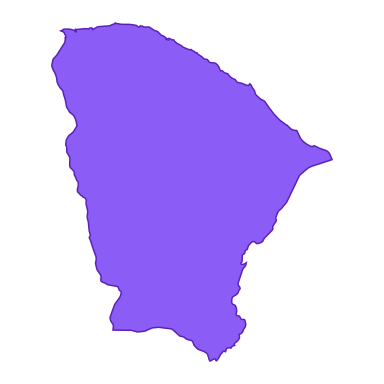 SVG path tracing the border of Ceará
{"feature_id": "BRA-621", "entity_name": "Ceará", "entity_type": "State", "adm_level": 1, "iso_a3": "BRA", "parent_name": "Brazil", "parent_adm1": "", "projection": "orthographic", "projection_center": [-39.568, -5.32], "detail": "fine", "context": "isolated", "style": "filled", "palette": "violet", "viewbox_px": 384, "rotation_deg": 0, "n_neighbors": 0, "source": "natural_earth", "source_scale": "10m", "svg_char_len": 5847}
<svg xmlns="http://www.w3.org/2000/svg" viewBox="0 0 384 384"><path d="M65.2,38.2L65.5,38.4L65.8,36.6L65.6,35.6L64.7,34.0L64.2,32.6L63.0,31.8L62.6,30.9L62.0,31.2L61.6,31.3L60.8,30.9L61.8,30.5L63.5,29.3L64.6,29.1L68.5,29.1L70.6,29.3L72.6,29.8L74.4,30.5L75.8,31.8L76.3,31.8L76.1,31.0L75.8,30.3L74.9,29.0L75.8,29.5L85.9,28.6L88.4,29.0L89.0,28.9L89.2,28.3L89.8,28.1L91.8,27.9L92.3,28.3L92.7,29.5L93.2,29.5L93.9,28.8L97.1,27.1L98.2,26.7L109.6,25.8L113.2,24.2L114.4,24.0L114.6,23.8L115.1,23.0L115.5,23.1L116.5,23.5L121.5,24.3L130.1,24.4L135.8,25.3L136.7,25.6L138.1,26.8L138.8,27.1L139.6,26.9L139.9,26.2L140.3,25.8L141.1,26.2L142.0,26.0L143.9,26.9L145.0,27.1L148.3,27.0L149.3,27.1L154.8,30.7L156.9,31.2L157.6,31.6L161.2,35.1L162.0,35.6L162.8,35.7L163.9,36.3L165.5,37.5L166.6,38.7L166.2,39.4L167.1,39.7L168.1,39.9L167.6,39.0L168.5,38.4L169.6,38.6L172.2,39.9L172.5,39.9L173.8,39.9L174.0,40.1L174.5,41.2L177.0,43.3L181.9,46.0L182.7,47.0L188.6,49.5L189.4,49.7L191.1,49.5L191.5,49.7L192.3,50.6L193.6,51.1L195.9,52.7L196.5,52.6L196.8,52.7L197.2,53.0L197.7,54.0L202.1,57.0L204.0,58.8L204.6,59.1L205.3,59.2L206.6,59.3L207.3,59.5L208.2,60.5L208.8,61.5L209.6,62.4L211.2,62.7L214.0,62.9L215.0,63.1L216.0,63.6L217.6,65.1L218.8,66.9L220.5,70.9L221.8,70.6L222.7,71.1L223.6,72.0L224.6,72.8L227.8,73.8L229.0,75.5L230.7,77.2L232.8,78.6L234.5,79.2L235.3,79.7L236.9,81.9L237.6,82.4L241.9,83.3L246.5,85.2L248.6,85.4L249.8,83.8L250.5,84.3L251.1,85.2L252.5,87.9L254.2,90.2L254.7,91.3L255.2,93.4L255.6,94.3L256.4,95.3L260.2,98.8L260.9,99.3L264.0,100.8L264.8,101.5L268.9,107.5L274.4,114.6L279.5,119.9L285.8,124.6L286.8,125.0L291.1,129.1L292.4,129.7L293.8,130.2L295.3,130.4L296.8,130.5L300.6,138.5L302.4,140.7L304.7,142.7L307.5,144.7L310.4,146.1L312.2,146.7L313.0,146.3L313.7,145.7L315.4,146.2L319.5,148.3L326.3,150.6L328.4,152.1L329.6,153.7L332.1,159.6L311.9,166.2L309.0,167.5L308.3,167.9L299.9,175.0L299.3,175.8L294.4,186.2L286.9,201.7L286.4,202.5L281.5,208.4L280.3,209.6L279.4,210.2L278.1,211.7L276.1,216.6L275.8,217.8L275.8,218.2L276.3,220.4L276.0,221.5L274.5,223.5L273.1,225.8L272.9,226.4L272.7,227.1L272.8,228.6L272.7,229.4L272.0,230.4L264.4,238.1L263.8,239.2L263.0,240.8L262.4,241.6L261.3,242.4L258.9,243.3L257.7,243.6L256.8,243.6L256.3,243.3L254.8,242.0L254.2,241.7L253.6,241.5L253.0,241.5L252.0,242.0L250.9,242.9L249.3,244.7L248.4,245.8L247.9,247.2L247.7,248.1L247.1,249.5L245.4,250.4L245.1,251.2L244.9,252.6L244.7,253.2L244.3,253.7L243.1,254.4L242.7,254.8L242.3,255.5L242.2,256.4L242.3,257.7L242.1,259.5L242.2,260.5L242.1,261.3L241.8,261.9L241.0,262.8L240.7,263.3L240.9,263.8L241.3,264.2L241.9,264.4L242.7,264.4L244.7,263.9L246.3,262.8L245.9,264.7L245.6,265.4L244.9,266.5L243.8,267.8L242.7,269.3L238.7,281.4L238.3,282.4L238.1,283.5L238.1,284.4L238.5,285.5L239.5,286.7L239.8,287.3L240.0,288.0L240.1,288.6L239.8,289.3L239.1,290.0L237.8,293.2L237.2,293.9L236.4,294.6L232.8,296.7L232.0,298.3L231.7,301.1L231.7,302.0L232.0,303.3L232.5,304.1L234.7,305.1L235.2,305.5L235.6,306.0L235.8,306.7L236.3,308.0L236.6,309.5L236.7,310.4L236.7,311.4L236.2,313.7L236.2,314.6L236.6,315.3L237.3,315.7L238.8,315.9L239.4,316.2L239.8,316.7L240.4,317.9L240.7,318.5L241.1,319.0L241.7,319.3L242.5,319.5L244.0,319.5L244.6,319.8L244.9,320.4L245.1,321.4L245.7,323.7L245.8,324.5L245.6,325.6L245.1,327.1L244.7,327.8L243.6,329.4L242.8,331.5L242.2,332.5L241.0,333.7L239.5,334.2L239.1,334.6L239.5,336.9L239.5,337.7L239.2,338.6L238.6,339.6L237.4,341.0L236.7,341.7L234.9,343.0L234.5,343.5L234.2,344.0L234.1,344.5L234.7,345.4L232.7,346.0L232.0,346.5L231.3,347.8L231.0,348.0L230.7,348.1L230.0,347.8L229.3,347.7L227.8,348.0L226.7,348.5L226.1,349.3L225.8,351.1L225.6,351.6L225.3,351.8L225.1,351.7L224.6,351.2L224.3,351.0L223.7,351.0L223.4,351.2L223.1,351.4L222.3,352.6L220.8,354.2L220.3,355.0L219.2,357.1L218.5,358.2L217.7,359.4L216.8,360.6L216.4,360.8L216.1,360.7L215.1,359.0L214.8,358.8L214.2,358.9L213.0,359.4L211.3,360.5L210.4,360.9L209.8,361.0L209.5,360.4L209.2,359.8L207.8,354.9L207.5,354.2L207.1,353.7L206.1,352.8L204.1,351.6L198.4,349.4L197.3,348.7L194.3,345.6L193.9,344.9L193.2,342.9L192.8,342.0L192.3,341.1L191.9,340.8L191.5,340.5L190.0,340.1L189.2,340.0L186.7,339.2L184.1,337.3L183.4,336.9L182.8,336.7L180.2,336.2L179.7,335.9L179.3,335.7L178.3,334.6L176.6,333.2L172.8,329.7L171.5,328.9L158.7,327.3L153.2,327.8L151.8,328.1L148.2,329.6L145.8,330.8L144.4,331.2L138.6,331.9L137.1,331.9L131.3,330.3L130.5,330.2L129.9,330.2L129.1,330.3L113.0,330.1L113.4,325.8L113.2,325.0L112.9,324.1L111.9,322.8L111.2,321.7L110.3,319.5L110.1,318.1L110.1,317.1L114.7,304.4L115.0,303.9L119.5,297.7L119.9,297.0L120.9,294.5L121.1,293.4L121.1,291.9L121.0,291.4L120.6,291.1L120.0,290.8L119.4,290.3L119.1,289.8L118.7,288.7L118.1,287.0L117.5,286.7L116.9,286.4L107.7,284.7L106.7,284.2L105.1,283.1L102.4,282.1L101.5,281.5L100.9,280.8L100.8,280.1L101.1,277.2L100.9,275.6L99.5,273.3L97.4,270.3L96.7,268.6L95.6,263.7L95.6,262.7L96.1,260.2L96.2,259.1L96.1,257.3L95.9,256.2L95.5,255.2L95.1,254.4L91.1,242.5L90.8,241.3L89.4,238.2L89.3,237.3L90.1,235.7L90.3,235.0L90.1,234.1L89.2,231.0L88.3,221.9L87.3,218.2L87.2,216.2L87.7,211.8L87.7,211.0L86.1,204.1L86.2,200.6L85.9,199.4L85.5,198.5L84.8,198.0L82.9,196.9L81.9,195.9L80.5,195.1L79.5,193.6L77.9,192.3L77.4,191.2L77.4,189.0L78.1,186.7L78.3,184.5L78.1,182.0L76.7,180.2L75.3,176.6L74.3,175.0L74.3,173.3L73.9,171.3L72.7,169.9L70.6,167.9L69.9,166.6L69.7,165.1L69.9,158.3L69.4,156.7L68.8,155.6L66.9,152.4L66.7,150.0L66.8,147.7L66.4,146.1L65.7,145.1L65.9,143.0L66.3,140.0L67.0,138.6L68.9,135.5L70.8,134.1L72.7,132.5L73.9,131.0L77.0,125.8L76.1,121.2L75.7,119.7L73.9,115.8L72.9,114.8L71.6,113.7L69.8,112.4L66.6,107.0L65.3,99.9L63.4,93.7L63.0,91.4L62.0,89.8L60.4,88.2L58.2,84.7L57.1,81.9L56.8,79.5L56.4,77.0L56.1,76.0L54.6,72.4L53.3,70.2L51.9,66.5L51.9,64.6L52.4,62.4L52.7,60.7L53.4,58.7L56.6,55.4L64.8,42.5L64.9,41.9L65.3,39.0L65.2,38.2Z" fill="#8b5cf6" stroke="#5b21b6" stroke-width="1.5"/></svg>